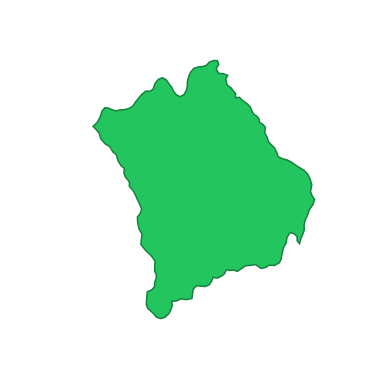 the district of Joaçaba, Santa Catarina, Brazil, rotated 211°
{"feature_id": "56859067B91608506084294", "entity_name": "Joaçaba", "entity_type": "district", "adm_level": 2, "iso_a3": "BRA", "parent_name": "Brazil", "parent_adm1": "Santa Catarina", "projection": "orthographic", "projection_center": [-51.59, -27.141], "detail": "fine", "context": "isolated", "style": "filled", "palette": "green", "viewbox_px": 384, "rotation_deg": 211, "n_neighbors": 0, "source": "geoboundaries", "source_scale": "gbopen_adm2", "svg_char_len": 2317}
<svg xmlns="http://www.w3.org/2000/svg" viewBox="0 0 384 384"><g transform="rotate(211 192 192)"><path d="M158.0,66.3L153.6,67.4L150.7,70.6L149.1,76.2L149.6,80.5L150.3,84.4L152.9,87.8L148.9,91.0L146.3,94.9L141.6,96.7L137.2,100.7L139.1,105.1L140.9,109.3L139.8,114.2L136.7,115.4L132.0,117.8L129.5,121.1L129.2,125.2L130.0,129.6L125.8,131.3L123.2,135.5L122.0,138.8L122.5,143.1L119.3,144.1L116.6,146.3L112.2,147.4L110.1,151.8L108.2,156.3L104.3,159.0L100.1,162.6L93.6,162.0L90.3,164.8L88.2,168.9L83.5,171.5L80.7,176.3L81.0,180.2L82.6,184.2L84.0,188.2L85.0,192.1L85.0,196.9L87.2,201.8L87.0,207.7L83.0,208.8L79.0,208.0L76.7,204.3L73.2,203.1L74.6,207.8L75.1,211.8L76.2,217.2L79.1,221.8L80.7,227.1L81.0,231.6L82.3,237.1L81.8,243.6L83.2,248.9L86.7,250.3L90.7,253.5L92.9,259.8L97.2,263.7L101.7,266.8L106.8,268.2L111.2,268.3L116.9,268.4L122.2,268.8L126.8,268.5L131.0,267.2L136.4,266.6L140.2,269.9L144.0,272.3L148.8,273.5L152.1,274.4L155.8,277.6L160.3,280.3L162.4,285.2L166.1,286.5L169.8,286.5L172.2,289.2L175.9,290.4L179.1,290.5L182.0,292.1L185.5,294.7L190.2,296.1L195.3,296.4L200.2,297.5L203.4,295.3L205.4,298.9L208.9,300.0L212.2,301.4L217.1,301.9L221.2,306.1L221.5,310.4L226.3,309.4L230.3,307.5L234.8,310.1L234.8,315.0L237.8,317.7L240.9,316.1L243.9,312.6L245.0,307.8L247.7,304.9L250.9,302.6L254.1,298.9L254.9,294.3L254.5,290.2L253.0,284.7L250.5,280.2L249.2,276.4L249.0,271.5L251.3,267.6L255.1,267.2L259.9,268.9L263.1,271.2L267.0,272.7L271.9,274.9L276.2,274.7L278.9,271.2L279.6,265.6L278.3,260.1L279.8,256.8L283.7,254.6L285.4,249.3L286.1,244.8L286.7,240.8L287.1,234.5L289.6,230.5L292.1,227.9L295.9,225.3L299.1,222.2L303.4,221.2L306.9,220.9L310.1,219.4L310.8,214.9L309.4,209.4L309.0,203.2L310.6,197.2L306.6,196.3L301.5,194.4L297.8,190.7L294.3,189.5L291.0,188.5L286.0,188.6L280.5,185.6L276.1,185.0L273.5,182.4L270.6,180.1L266.1,177.9L262.2,177.4L260.2,173.2L256.9,170.6L253.8,169.5L250.8,168.3L248.5,164.4L243.6,163.1L238.0,159.6L233.9,156.7L230.5,154.5L226.3,151.4L225.4,146.9L225.9,142.3L222.2,137.0L218.2,132.9L213.2,130.2L211.1,125.6L208.8,120.7L205.0,119.3L201.3,117.9L196.2,116.9L191.7,115.4L188.0,113.6L185.7,109.1L183.2,104.8L180.4,103.0L178.3,99.8L177.5,95.3L175.4,91.4L176.2,87.3L179.0,83.5L176.6,78.5L173.4,72.3L170.1,69.4L166.4,68.8L161.6,67.7L158.0,66.3Z" fill="#22c55e" stroke="#15803d" stroke-width="1.5"/></g></svg>